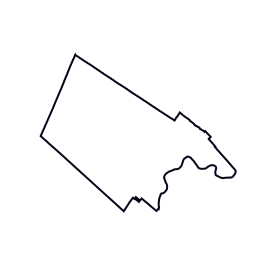 outline of Nicolae Titulescu, Olt, Romania, rotated 68°
{"feature_id": "2599482B32809013995919", "entity_name": "Nicolae Titulescu", "entity_type": "district", "adm_level": 2, "iso_a3": "ROU", "parent_name": "Romania", "parent_adm1": "Olt", "projection": "equal_earth", "projection_center": [24.74, 44.265], "detail": "fine", "context": "isolated", "style": "outline", "palette": "ink", "viewbox_px": 256, "rotation_deg": 68, "n_neighbors": 0, "source": "geoboundaries", "source_scale": "gbopen_adm2", "svg_char_len": 5590}
<svg xmlns="http://www.w3.org/2000/svg" viewBox="0 0 256 256"><g transform="rotate(68 128 128)"><path d="M214.5,129.8L213.8,129.3L212.8,128.8L211.5,128.6L210.3,128.2L208.4,127.3L207.0,126.5L205.3,125.6L202.9,123.5L202.1,122.8L201.5,122.1L201.2,121.6L201.3,121.0L201.6,120.4L201.6,119.5L201.4,118.8L201.2,118.0L200.7,117.0L200.3,116.2L199.7,115.5L199.3,114.8L198.7,114.5L197.9,114.1L197.2,113.7L195.9,113.3L194.9,113.2L194.0,113.3L192.1,113.4L190.0,113.3L187.8,113.2L186.9,112.9L186.3,112.3L185.6,111.5L185.0,110.6L184.5,109.7L184.3,108.5L184.0,107.3L183.8,106.1L183.9,104.7L183.9,103.7L183.9,102.5L183.8,101.5L183.8,100.3L184.1,99.2L184.4,98.2L184.7,97.1L184.7,96.0L184.4,95.2L183.9,94.3L183.5,93.2L182.8,92.4L181.6,91.3L179.2,89.3L178.1,88.3L177.6,87.5L177.3,86.8L177.4,86.0L177.1,85.3L176.7,84.2L176.9,83.2L177.5,82.4L178.3,81.7L179.1,80.9L180.8,80.4L183.0,79.5L186.5,78.7L189.3,78.0L191.0,77.7L192.0,77.1L192.6,76.5L193.1,75.6L193.7,74.3L194.1,73.2L194.5,71.8L194.5,70.6L194.1,69.2L193.8,67.8L193.6,66.7L193.7,65.3L193.9,64.0L194.4,63.1L194.9,62.4L195.7,61.6L196.6,61.2L197.4,61.1L198.2,61.3L199.1,61.9L199.9,62.4L200.9,63.2L202.4,63.9L203.6,64.1L204.6,64.2L205.3,63.7L206.7,62.4L208.2,61.2L209.3,59.9L209.9,59.1L210.2,58.0L210.5,56.8L211.0,55.2L211.6,53.6L212.0,52.2L212.5,51.2L212.7,50.5L212.5,49.5L211.9,48.1L211.1,46.7L209.9,45.3L208.2,44.2L207.1,44.4L206.3,44.6L204.9,45.1L203.0,45.8L202.1,46.1L201.2,46.4L200.5,46.6L199.4,47.0L198.9,47.2L198.6,47.3L197.9,47.5L197.3,47.7L196.3,48.1L195.2,48.4L194.3,48.8L193.4,49.1L191.7,49.7L190.6,50.1L189.4,50.5L188.1,51.0L186.8,51.5L185.9,51.8L184.9,52.1L184.3,52.4L183.8,52.5L183.1,52.8L182.3,53.1L181.5,53.4L180.7,53.6L180.3,53.8L179.4,54.0L178.2,54.5L178.0,54.0L175.8,54.7L168.4,57.3L167.6,55.6L167.3,54.7L165.6,55.3L161.8,56.8L159.7,57.6L159.8,58.3L159.9,58.5L160.0,58.6L159.7,58.7L159.5,58.8L159.0,59.1L158.2,59.7L157.3,60.4L156.9,60.6L156.5,60.9L156.4,61.0L156.1,61.4L155.9,61.5L155.5,61.7L155.2,61.7L154.9,61.6L154.6,61.6L154.2,61.8L154.1,62.0L153.9,62.1L153.7,62.3L153.5,62.6L153.4,62.7L153.2,62.9L152.9,63.1L152.7,63.2L152.2,63.3L152.1,63.5L151.8,63.9L151.6,64.2L151.4,64.4L151.2,64.5L150.9,64.6L150.7,64.6L150.5,64.9L150.4,65.0L150.2,65.0L149.8,65.1L149.5,65.1L148.8,65.4L148.2,65.7L147.6,66.0L147.1,66.3L146.6,66.6L146.1,66.9L145.7,67.1L145.4,67.3L144.9,67.7L144.7,67.9L144.4,68.0L144.1,68.0L143.8,68.0L143.5,68.0L143.2,68.1L142.8,68.3L142.6,68.4L142.4,68.6L141.8,69.0L140.8,69.7L139.7,70.5L138.5,71.2L136.7,72.3L134.4,73.5L133.1,74.2L133.3,74.4L133.8,75.2L134.2,75.8L134.7,76.5L135.1,76.9L135.4,77.4L135.7,77.8L135.9,78.0L136.0,78.4L136.2,78.7L136.3,78.9L136.4,79.1L136.5,79.5L136.7,79.8L136.8,79.9L137.0,80.1L137.2,80.4L137.6,80.7L138.1,81.5L138.5,82.0L137.8,82.5L137.4,82.8L136.9,83.1L136.5,83.4L135.5,84.1L134.8,84.6L134.0,85.2L133.3,85.7L132.5,86.3L131.8,86.7L131.2,87.1L130.6,87.6L129.9,88.1L128.7,88.9L128.0,89.4L127.4,89.8L126.7,90.3L126.2,90.7L125.7,91.0L125.3,91.3L124.5,91.9L123.9,92.3L123.4,92.7L122.8,93.0L121.7,93.7L121.2,94.1L120.0,94.9L119.6,95.2L119.1,95.5L118.5,96.0L117.6,96.6L116.6,97.3L115.5,98.0L114.8,98.5L114.2,98.9L113.7,99.2L113.0,99.7L112.3,100.2L111.2,100.9L110.7,101.2L110.3,101.5L109.9,101.8L109.4,102.1L108.8,102.6L108.0,103.2L106.5,104.1L105.7,104.7L104.6,105.5L103.4,106.3L102.4,107.0L101.7,107.5L99.6,109.0L98.8,109.6L98.1,110.1L97.5,110.5L96.9,110.9L96.3,111.4L95.7,111.8L95.1,112.1L94.8,112.3L94.0,112.8L93.0,113.5L92.5,113.8L91.2,114.6L90.6,115.0L90.0,115.4L89.5,115.8L88.5,116.5L88.0,116.9L87.7,117.1L87.3,117.4L86.9,117.7L86.4,118.0L86.0,118.3L85.6,118.6L85.3,118.8L84.7,119.2L84.0,119.8L83.2,120.3L82.6,120.8L81.9,121.2L80.9,122.0L80.2,122.4L79.6,122.8L78.7,123.3L78.2,123.6L77.7,123.9L77.4,124.2L76.6,124.7L75.7,125.4L74.3,126.3L73.5,126.9L72.2,127.8L71.6,128.2L71.1,128.6L70.6,128.9L70.2,129.2L69.6,129.6L69.0,130.1L67.8,130.8L67.2,131.2L66.3,131.9L65.3,132.5L64.6,133.0L64.0,133.3L63.7,133.5L63.2,133.9L62.6,134.3L61.9,134.8L61.1,135.3L60.0,136.1L58.9,136.8L58.1,137.3L57.8,137.5L56.9,138.1L56.2,138.6L55.0,139.4L54.2,140.0L53.5,140.5L50.3,142.8L49.6,143.3L48.5,144.0L47.9,144.4L47.0,145.1L46.5,145.4L45.2,146.3L44.4,146.8L43.7,147.3L43.1,147.7L42.7,148.0L42.0,148.5L40.5,149.5L40.4,149.5L41.0,150.2L41.7,150.8L42.5,151.6L43.1,152.2L43.6,152.8L44.2,153.4L44.6,153.9L44.9,154.1L45.1,154.3L45.3,154.5L45.7,155.0L46.8,156.1L47.4,156.7L47.7,157.0L48.8,158.1L49.8,159.1L50.6,159.9L51.3,160.5L52.1,161.3L52.6,161.8L53.2,162.4L53.9,163.0L54.5,163.6L55.1,164.1L56.2,165.3L57.4,166.5L57.7,166.8L58.4,167.4L59.2,168.2L59.7,168.7L60.7,169.7L61.2,170.1L62.2,171.1L62.7,171.6L63.4,172.3L64.0,172.8L64.6,173.4L65.2,174.0L65.7,174.5L66.2,174.9L66.7,175.5L67.1,175.8L67.6,176.3L68.1,176.9L68.9,177.7L69.7,178.5L70.6,179.4L71.4,180.2L71.8,180.6L72.7,181.5L73.6,182.3L74.2,183.0L75.0,183.8L75.5,184.3L76.1,184.9L76.7,185.5L77.6,186.4L78.6,187.4L79.1,187.9L79.7,188.4L80.5,189.2L81.3,190.0L101.9,211.1L102.8,212.0L108.6,209.1L114.2,206.4L123.2,201.9L127.5,199.8L179.2,174.9L192.9,168.2L193.4,167.9L193.8,167.8L194.2,167.6L195.3,167.1L196.3,166.6L196.8,166.3L198.0,165.8L199.1,165.3L200.7,164.5L202.6,163.6L203.6,163.1L197.6,154.6L194.5,149.5L196.1,148.6L196.4,148.4L196.1,148.0L200.6,145.6L200.3,145.2L195.9,147.7L195.2,146.9L195.0,146.6L199.7,144.1L199.3,143.4L198.9,142.5L198.5,141.8L198.8,141.7L199.5,141.2L200.1,140.9L200.7,140.6L201.9,139.9L203.3,139.2L204.0,138.8L205.2,138.1L206.0,137.7L206.8,137.3L207.9,136.8L208.8,136.3L210.5,135.4L211.8,134.7L212.4,134.4L215.1,132.9L215.6,132.6L214.8,131.1L214.4,130.6L214.0,129.9L214.3,129.9L214.5,129.8Z" fill="none" stroke="#020617" stroke-width="2"/></g></svg>